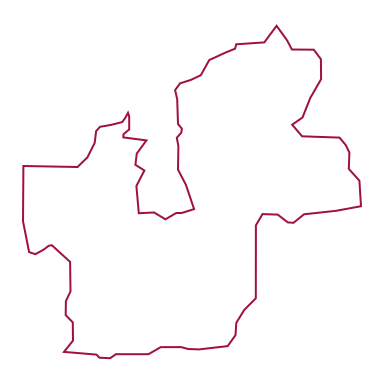 Mirriah, Zinder, Niger (Robinson projection)
{"feature_id": "23599985B93207740600063", "entity_name": "Mirriah", "entity_type": "district", "adm_level": 2, "iso_a3": "NER", "parent_name": "Niger", "parent_adm1": "Zinder", "projection": "robinson", "projection_center": [9.068, 13.638], "detail": "fine", "context": "isolated", "style": "outline", "palette": "rose", "viewbox_px": 384, "rotation_deg": 0, "n_neighbors": 0, "source": "geoboundaries", "source_scale": "gbopen_adm2", "svg_char_len": 1217}
<svg xmlns="http://www.w3.org/2000/svg" viewBox="0 0 384 384"><path d="M64.0,351.9L96.5,354.6L99.4,357.7L110.2,358.2L115.9,354.2L148.5,354.2L160.8,347.1L181.1,347.1L188.1,349.0L199.1,349.4L227.7,346.1L235.5,335.1L236.3,322.8L244.2,310.0L255.8,298.3L255.9,225.3L262.5,214.1L277.7,214.6L287.8,222.4L293.5,222.8L304.0,214.3L336.1,210.8L361.0,206.2L359.4,180.7L348.8,168.9L349.4,152.6L345.8,145.1L339.5,137.6L302.1,136.3L292.2,124.7L302.5,117.5L310.3,97.9L321.1,79.2L320.9,59.2L313.8,49.7L291.9,49.5L287.1,40.4L276.6,25.8L264.3,42.4L236.2,44.3L235.1,48.7L225.4,52.6L209.3,60.0L200.8,75.2L190.9,79.9L180.1,83.3L175.1,90.1L177.2,99.2L178.0,124.0L181.9,128.7L181.3,132.6L176.8,137.8L178.4,146.2L178.0,169.6L185.9,184.8L194.1,209.1L181.7,213.0L176.2,213.0L165.4,219.3L154.1,212.5L138.8,213.2L136.4,186.0L140.4,178.2L144.4,170.5L135.4,164.8L136.8,153.5L146.4,140.4L123.3,137.4L123.5,134.2L129.2,129.5L129.2,116.5L128.0,112.8L124.9,118.5L122.1,122.1L110.6,125.0L100.0,126.8L96.1,131.2L94.7,142.9L87.4,157.4L77.5,167.0L23.4,166.0L23.0,221.2L29.1,252.1L35.3,254.2L43.4,249.8L48.7,245.8L51.8,245.2L70.1,261.9L70.5,291.4L65.9,301.1L65.7,315.1L72.8,322.4L73.0,340.6L64.0,351.9Z" fill="none" stroke="#9f1239" stroke-width="2"/></svg>